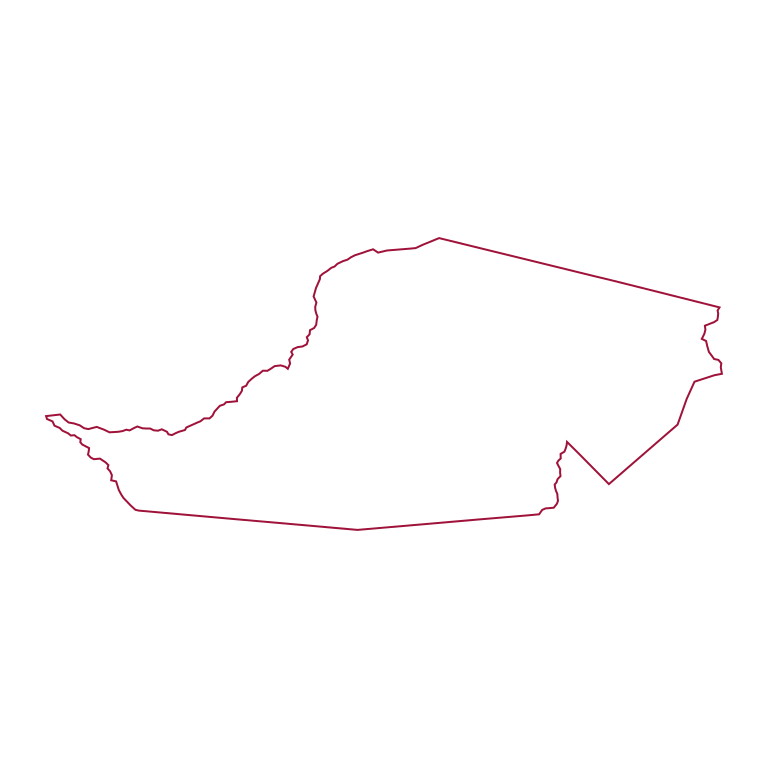 outline of Buíque, Pernambuco, Brazil, rotated 90°
{"feature_id": "56859067B27287722932240", "entity_name": "Buíque", "entity_type": "district", "adm_level": 2, "iso_a3": "BRA", "parent_name": "Brazil", "parent_adm1": "Pernambuco", "projection": "equal_earth", "projection_center": [-37.124, -8.688], "detail": "fine", "context": "isolated", "style": "outline", "palette": "rose", "viewbox_px": 768, "rotation_deg": 90, "n_neighbors": 0, "source": "geoboundaries", "source_scale": "gbopen_adm2", "svg_char_len": 2481}
<svg xmlns="http://www.w3.org/2000/svg" viewBox="0 0 768 768"><g transform="rotate(90 384 384)"><path d="M509.8,632.6L510.6,629.2L518.9,535.7L529.9,410.5L519.5,289.8L515.4,240.7L514.3,228.9L509.9,225.8L508.4,222.4L508.1,218.2L507.7,214.2L503.6,211.0L500.7,210.0L498.0,210.4L493.9,210.7L490.9,212.0L487.8,212.9L484.5,213.3L482.4,211.5L479.1,210.4L476.1,207.5L472.5,207.9L469.1,207.8L466.1,209.4L463.0,211.0L460.6,209.6L458.5,207.3L453.9,207.4L451.7,203.6L449.0,202.5L445.4,201.4L441.9,201.0L453.7,189.1L484.1,159.1L432.8,99.9L424.6,90.4L398.9,81.3L381.7,73.5L375.2,53.5L373.8,46.1L367.3,47.2L363.3,46.7L359.9,49.6L359.0,53.9L355.9,56.1L351.9,59.1L345.9,60.8L341.0,61.9L338.9,66.2L333.7,63.6L329.6,62.6L325.7,63.1L322.1,53.9L320.0,50.7L317.4,50.2L313.6,49.8L310.5,50.4L307.4,48.5L284.6,139.2L278.8,162.6L276.3,173.1L259.1,243.2L250.1,280.0L238.1,328.9L244.8,345.3L248.1,352.4L248.6,357.7L250.1,376.2L250.5,381.1L252.6,389.9L249.3,394.9L251.2,401.0L252.7,405.1L255.3,413.2L257.3,417.1L259.7,420.6L261.2,425.2L263.8,430.6L266.5,433.4L267.8,436.7L271.1,440.9L273.6,445.0L276.2,447.9L279.1,448.1L288.0,452.0L296.5,454.4L302.5,451.6L307.0,452.8L310.4,452.6L314.0,451.6L316.7,450.5L320.5,451.3L324.8,451.8L328.0,453.9L330.2,458.0L334.3,458.4L337.2,461.2L340.4,460.0L344.3,461.3L346.5,465.6L347.1,470.3L349.0,474.7L351.9,476.8L354.6,475.3L359.6,478.8L363.5,477.9L368.8,480.2L366.8,482.6L365.4,487.2L366.1,493.3L368.8,497.3L370.8,500.6L370.7,505.1L374.0,509.0L376.1,512.9L378.5,516.0L382.0,519.8L385.7,521.8L387.4,525.7L390.8,526.1L393.9,528.0L397.8,531.1L401.2,531.0L401.8,536.8L402.2,541.9L404.4,544.0L405.8,548.2L409.0,551.1L411.6,553.5L415.7,555.5L418.4,558.5L418.4,563.9L421.3,567.6L422.6,570.8L425.0,576.1L427.5,581.7L430.0,583.0L431.8,589.2L433.1,592.2L435.1,596.1L434.3,599.6L431.8,601.0L429.3,606.2L430.7,610.0L430.3,614.2L428.5,617.9L428.5,622.0L428.3,625.5L426.5,630.7L427.9,633.7L430.4,638.4L429.7,641.7L431.1,645.6L431.8,649.9L432.3,658.5L429.7,663.9L426.9,671.3L429.1,679.7L428.2,683.9L425.3,688.3L423.4,694.2L422.5,699.4L419.2,703.5L414.5,707.8L416.1,721.9L419.0,721.0L421.4,715.5L425.7,713.5L427.9,708.4L430.7,705.5L433.3,699.9L435.5,697.2L435.2,693.5L437.1,691.2L439.2,687.3L442.2,687.7L444.5,685.8L448.1,678.9L451.4,679.3L454.6,680.0L457.6,677.2L459.2,674.1L458.6,668.1L462.3,662.5L465.1,659.6L468.4,660.5L471.3,657.9L475.2,656.1L480.3,656.8L481.4,651.9L490.0,649.2L494.8,646.6L498.0,644.5L505.4,637.4L509.8,632.6Z" fill="none" stroke="#9f1239" stroke-width="2"/></g></svg>